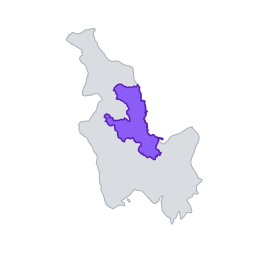 where Hamgyŏng-namdo sits in North Korea, rotated 291°
{"feature_id": "PRK-3311", "entity_name": "Hamgyŏng-namdo", "entity_type": "Province", "adm_level": 1, "iso_a3": "PRK", "parent_name": "North Korea", "parent_adm1": "", "projection": "orthographic", "projection_center": [127.614, 40.189], "detail": "fine", "context": "in_parent", "style": "filled", "palette": "violet", "viewbox_px": 256, "rotation_deg": 291, "n_neighbors": 0, "source": "natural_earth", "source_scale": "10m", "svg_char_len": 8796}
<svg xmlns="http://www.w3.org/2000/svg" viewBox="0 0 256 256"><g transform="rotate(291 128 128)"><path d="M152.1,187.5L151.2,188.1L149.6,190.9L148.1,194.6L146.7,196.5L145.0,197.6L143.2,198.3L139.7,198.6L136.5,198.3L135.4,197.9L131.0,198.2L129.8,198.4L123.4,198.1L120.1,198.4L118.0,199.1L115.8,200.5L113.9,202.7L112.3,205.1L108.9,209.4L106.6,211.4L106.5,214.5L106.5,215.4L105.6,216.0L105.4,215.7L104.0,215.5L98.6,212.6L94.1,214.3L92.9,216.4L91.7,217.1L90.0,212.8L87.1,212.6L82.6,208.7L80.6,209.5L80.1,211.0L77.4,214.4L73.8,217.2L72.7,217.5L71.4,217.3L71.6,216.5L70.2,213.3L64.7,211.8L62.7,210.4L61.7,210.0L67.2,206.6L68.7,206.0L67.6,205.1L66.5,204.7L62.0,205.1L59.7,203.8L56.3,204.1L53.9,203.1L58.9,199.7L59.2,197.6L59.2,196.0L61.8,191.4L64.4,188.9L70.9,185.4L73.7,185.0L75.7,185.1L77.4,184.8L75.7,183.4L74.0,182.7L70.7,182.8L67.3,180.5L67.0,178.3L74.0,164.3L74.2,163.0L73.2,159.6L73.0,156.2L68.3,154.2L66.2,153.9L60.3,149.9L57.9,147.9L56.9,148.5L56.7,151.5L55.8,152.1L54.2,152.7L53.5,149.2L52.3,146.6L48.3,143.9L47.0,142.5L47.8,139.5L47.4,139.2L48.2,135.8L50.7,133.3L56.9,128.8L58.5,126.7L61.6,124.2L63.0,124.3L64.4,124.1L64.8,123.0L65.2,122.1L66.4,121.4L69.4,120.0L72.7,118.3L75.4,117.8L78.7,115.1L80.0,113.9L81.3,113.9L81.7,113.3L82.5,111.9L83.5,111.0L85.0,110.8L87.3,110.2L90.3,109.8L92.3,107.5L93.0,105.8L94.3,104.0L97.2,102.0L99.1,99.1L101.3,95.8L102.3,94.8L103.3,94.6L103.9,93.4L104.6,90.0L105.6,86.6L106.2,85.1L108.7,83.4L109.3,82.5L109.9,82.3L111.0,82.5L112.5,81.5L113.9,80.4L115.2,80.8L116.6,81.7L117.9,83.6L118.5,85.1L119.6,86.3L119.8,88.1L120.9,88.9L123.2,89.3L127.0,90.5L129.5,90.6L130.9,91.5L133.8,92.0L139.7,91.3L142.1,91.7L143.1,92.8L144.6,93.7L145.6,93.8L146.8,92.2L148.2,89.7L149.1,87.8L149.1,86.3L148.3,84.7L146.3,83.2L145.0,80.8L143.8,78.4L143.1,77.6L142.5,76.4L142.4,74.6L142.8,73.4L145.7,72.6L149.4,72.1L152.4,72.6L157.5,72.2L160.5,71.5L162.8,71.5L164.9,71.5L165.9,70.4L168.7,67.9L170.2,67.0L171.7,65.3L171.9,63.5L172.2,62.1L173.0,60.5L174.5,58.6L175.8,57.7L177.2,57.8L178.8,58.6L179.8,59.5L180.9,59.2L181.8,57.7L182.4,57.4L184.1,57.2L184.6,56.3L185.2,51.9L185.8,48.4L185.9,46.0L187.3,42.0L187.7,39.6L188.6,38.5L189.7,38.5L190.6,39.2L191.7,39.6L193.2,39.1L194.3,39.7L195.0,41.0L197.2,41.8L197.4,42.5L197.5,46.8L198.8,48.8L200.5,50.6L202.8,52.2L204.0,52.5L204.7,53.7L205.5,55.7L207.2,57.7L208.1,59.1L208.3,60.6L209.0,61.4L207.8,62.4L206.1,61.9L203.3,61.7L199.8,64.7L197.8,65.8L196.5,68.8L193.8,70.6L192.3,72.5L190.4,75.8L189.1,78.9L186.2,82.1L184.5,86.2L184.5,89.6L186.5,93.0L186.8,96.0L185.6,102.1L186.5,108.6L185.7,111.2L176.3,115.8L173.9,118.1L170.5,123.9L166.3,126.1L163.7,128.5L160.1,129.9L157.8,134.0L155.2,136.4L152.2,137.8L149.9,139.6L144.7,139.8L141.1,141.0L138.5,144.4L130.7,148.3L129.7,151.2L130.2,155.7L130.2,159.2L129.5,162.0L127.8,161.2L126.9,162.2L125.9,164.8L126.2,167.8L128.8,168.7L131.1,170.0L134.2,170.6L136.5,172.0L141.4,178.3L145.4,181.0L146.4,182.0L148.7,183.4L150.9,185.6L152.1,187.5ZM61.1,155.6L59.6,156.5L59.5,154.7L60.7,153.3L61.9,153.1L61.1,155.6Z" fill="#d9dde1" stroke="#a8b0b8" stroke-width="1"/><path d="M171.8,121.4L171.7,121.7L171.6,122.0L170.7,123.2L169.7,124.5L168.5,124.5L167.1,125.0L165.2,127.1L164.2,128.1L163.4,128.2L163.0,128.6L162.1,128.9L161.7,128.9L161.4,129.3L160.6,129.2L159.7,129.5L159.2,130.2L158.9,130.2L158.9,129.9L158.4,130.1L157.9,130.7L157.9,131.5L158.2,131.7L158.9,132.0L159.0,132.3L159.2,132.6L159.1,133.1L159.2,133.9L158.8,134.0L158.2,134.6L157.7,134.5L157.2,134.4L156.9,134.6L156.0,135.1L155.8,135.6L155.6,135.9L155.2,136.2L154.4,136.2L153.6,137.1L153.2,137.3L152.6,137.5L152.1,137.4L151.4,137.5L150.7,138.5L150.5,139.9L149.8,139.7L149.2,138.6L148.8,138.2L148.1,138.5L147.9,138.9L148.1,139.8L147.8,139.9L147.2,139.8L146.7,140.0L146.2,140.2L146.0,140.3L145.8,140.2L145.6,139.9L142.1,139.3L142.0,139.5L142.0,140.0L141.9,140.2L141.7,140.4L141.4,140.5L141.2,140.6L140.6,141.5L140.4,141.7L140.2,141.8L139.5,141.4L139.1,142.2L139.1,142.8L139.0,144.2L138.7,144.5L136.3,144.8L136.7,145.1L136.6,145.5L135.8,145.9L134.9,145.7L134.1,146.0L133.6,147.1L133.2,147.5L132.8,147.0L132.2,146.6L131.8,147.3L131.4,147.5L130.9,147.8L130.6,148.2L130.2,149.0L129.5,149.5L129.3,149.8L129.3,150.0L129.1,150.5L129.0,150.8L129.0,151.1L129.1,151.6L129.2,152.4L129.3,152.8L129.7,152.9L130.3,153.2L130.8,153.9L130.9,154.6L129.9,156.1L129.5,157.5L129.9,159.8L130.6,163.2L130.6,164.1L130.4,164.4L130.1,164.6L129.8,164.5L129.5,164.1L129.5,163.7L129.6,163.2L130.0,162.2L129.1,160.9L129.0,160.5L128.8,160.1L128.5,160.0L128.2,160.2L127.4,161.0L127.0,160.9L126.8,160.9L126.6,160.9L126.4,160.9L125.7,160.9L124.5,161.1L123.2,160.8L122.3,160.8L121.0,161.0L120.0,160.8L119.8,160.8L119.7,160.9L119.5,161.0L119.3,161.1L119.0,161.3L118.8,161.5L118.7,161.8L118.6,162.1L118.5,163.1L118.3,163.9L118.2,164.5L118.2,164.8L118.1,165.0L117.8,165.2L117.5,165.3L116.8,165.6L116.6,165.7L116.6,166.0L116.6,166.6L116.8,167.1L116.8,167.3L116.8,167.6L116.4,167.8L115.9,167.5L115.6,167.5L115.2,167.4L114.5,167.6L114.3,167.6L114.1,167.5L113.9,167.5L113.8,167.3L113.8,167.1L114.0,166.4L114.0,166.2L114.0,165.9L113.9,165.6L113.7,165.4L113.6,165.2L113.4,165.1L113.2,165.0L112.8,165.0L112.6,165.1L112.2,165.5L111.9,165.6L111.7,165.3L111.6,164.9L111.5,164.6L111.4,164.4L111.2,164.3L111.0,164.1L110.8,164.1L110.5,164.1L110.3,164.1L110.1,164.2L109.2,164.6L108.9,164.6L108.7,164.6L108.3,164.4L108.2,164.2L107.9,163.9L107.9,163.7L107.9,163.3L108.0,162.7L108.5,160.5L108.9,159.4L109.0,159.2L108.9,158.6L108.7,158.4L107.7,157.4L107.5,157.1L107.4,156.9L107.3,156.7L107.4,156.1L107.6,155.5L107.8,155.2L108.0,155.0L108.1,154.8L108.3,154.6L108.4,154.4L108.4,154.0L108.4,153.7L108.1,153.0L108.1,152.7L108.3,152.1L109.4,151.1L109.4,150.9L109.5,150.7L109.4,150.5L109.3,150.4L108.8,150.3L108.7,150.2L108.6,149.7L109.0,149.0L109.4,148.4L109.5,148.2L110.0,146.8L110.1,146.5L110.3,146.2L110.8,145.9L111.1,145.7L112.6,145.4L114.3,145.4L114.7,145.5L115.0,145.6L115.3,145.8L115.8,146.6L116.0,146.7L116.3,146.7L116.5,146.5L116.7,146.3L116.8,146.1L117.0,146.1L118.1,146.0L118.3,145.9L118.6,145.5L118.8,145.2L118.9,144.7L118.8,144.4L118.7,144.1L118.0,142.6L117.9,142.3L117.6,141.0L117.5,140.6L117.5,140.4L117.5,140.2L118.0,139.9L118.2,139.7L118.2,139.4L118.1,139.1L118.1,138.8L118.2,138.6L118.3,138.5L120.2,136.9L120.5,136.6L120.6,136.4L120.6,135.8L120.5,135.6L120.2,135.3L119.3,134.7L119.0,134.5L118.9,134.2L118.8,133.7L118.7,132.7L118.9,132.1L118.9,131.9L119.0,131.7L118.9,131.6L118.9,131.4L118.7,131.2L117.5,130.0L117.3,129.8L116.9,129.6L116.5,129.5L116.1,129.4L113.8,129.5L113.8,129.0L113.8,128.4L113.9,127.8L114.1,127.2L114.6,126.4L115.2,125.7L115.7,125.0L115.7,124.1L115.6,122.8L115.9,122.2L116.5,121.9L117.3,121.4L117.7,121.0L118.1,120.7L118.4,120.5L118.9,120.3L120.1,120.2L120.4,120.0L120.9,119.3L121.3,117.3L121.8,116.5L123.8,115.3L124.9,115.0L125.2,114.8L125.5,114.5L125.7,114.1L125.8,113.7L125.8,113.0L125.5,112.6L124.5,112.1L124.0,111.3L123.8,110.2L124.0,108.9L124.5,108.0L125.8,106.6L126.1,105.8L126.2,104.5L127.3,104.8L128.4,104.9L128.9,104.7L129.1,104.3L129.3,103.7L129.4,103.0L129.8,102.0L130.5,101.7L132.2,102.1L133.1,102.6L133.5,103.4L133.5,104.5L133.3,105.8L133.2,106.3L133.0,106.7L132.7,106.9L132.3,107.1L131.5,107.1L131.2,107.3L131.3,107.7L131.9,108.7L132.0,109.6L131.6,110.4L130.0,111.6L129.7,112.0L129.4,112.4L129.5,112.8L129.8,113.0L130.3,113.1L130.7,113.4L130.8,113.8L130.9,114.8L131.1,115.2L132.1,117.0L132.4,117.4L132.7,117.6L133.0,117.8L133.3,118.0L133.5,118.5L133.7,119.8L133.8,120.3L134.0,120.7L134.3,120.9L134.5,121.0L134.8,121.0L135.7,121.1L136.0,121.2L135.8,121.6L135.6,122.0L135.6,122.3L135.7,122.7L135.7,123.2L135.7,123.6L135.5,123.9L135.0,124.5L134.8,124.9L134.7,125.3L134.7,126.2L134.7,126.8L134.9,127.2L135.2,127.3L135.7,127.1L137.3,126.2L139.7,124.3L140.0,123.8L140.2,123.3L140.4,122.8L140.6,122.3L140.8,121.9L141.2,121.6L143.2,120.9L143.6,120.9L143.9,121.0L144.3,121.2L144.9,121.9L145.7,122.2L146.4,122.1L147.1,121.4L148.1,119.8L148.5,119.4L149.7,118.3L150.0,117.9L150.1,117.5L150.2,116.2L150.4,115.8L150.8,115.1L150.9,114.7L151.1,114.1L151.2,113.5L151.2,112.3L151.3,111.7L151.6,110.6L151.7,110.0L151.5,109.1L151.1,108.1L151.0,107.1L151.4,106.6L152.2,106.6L153.2,106.7L154.1,106.6L154.8,106.2L155.1,105.8L155.6,104.8L155.9,104.4L156.3,104.1L157.3,103.7L157.6,103.4L157.7,103.0L157.8,102.4L157.8,101.8L157.8,101.4L157.9,101.0L158.3,100.9L159.3,101.2L159.6,101.2L160.3,101.0L160.7,101.0L161.0,101.1L163.7,102.3L164.7,102.9L165.4,103.7L166.1,105.3L166.3,106.2L166.3,107.1L166.1,107.7L165.6,108.7L165.3,109.3L165.4,109.8L165.7,110.4L165.9,111.0L165.8,111.4L165.5,111.9L165.4,112.4L165.6,113.0L165.9,113.5L166.4,114.1L166.6,114.4L166.8,114.8L166.8,115.2L166.9,116.1L167.0,116.5L167.3,117.1L167.8,117.6L168.8,118.4L169.2,118.9L169.3,119.4L169.2,119.9L169.2,120.5L169.5,120.9L170.0,121.2L170.4,121.3L171.8,121.4Z" fill="#8b5cf6" stroke="#5b21b6" stroke-width="1.5"/></g></svg>